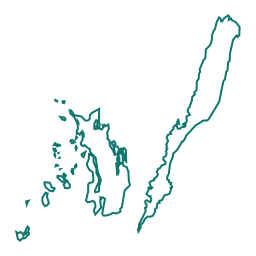 outline of Maluku Tenggara, Maluku, Indonesia
{"feature_id": "22746128B6545713511337", "entity_name": "Maluku Tenggara", "entity_type": "district", "adm_level": 2, "iso_a3": "IDN", "parent_name": "Indonesia", "parent_adm1": "Maluku", "projection": "mercator", "projection_center": [132.834, -5.655], "detail": "fine", "context": "isolated", "style": "outline", "palette": "teal", "viewbox_px": 256, "rotation_deg": 0, "n_neighbors": 0, "source": "geoboundaries", "source_scale": "gbopen_adm2", "svg_char_len": 5864}
<svg xmlns="http://www.w3.org/2000/svg" viewBox="0 0 256 256"><path d="M228.9,19.8L229.4,16.8L228.2,15.4L224.1,18.2L222.3,21.3L221.2,21.3L220.4,18.2L219.0,17.4L216.7,22.0L215.0,29.0L213.6,30.6L211.8,36.0L212.1,38.5L211.0,43.0L210.0,45.3L205.9,49.4L205.4,58.1L203.7,59.8L199.7,69.2L200.1,71.8L199.0,73.8L198.7,78.7L196.8,81.5L196.6,89.2L196.0,90.9L194.1,92.4L195.0,94.3L192.2,96.9L191.9,100.4L189.3,107.5L187.8,109.3L187.7,111.4L189.9,114.9L187.1,115.9L186.4,116.9L186.8,120.9L185.3,124.1L185.4,126.2L183.9,127.1L182.4,126.7L179.9,128.7L177.8,128.7L176.6,125.9L177.5,124.2L177.2,123.5L173.3,127.1L173.5,128.9L170.1,132.5L171.1,133.8L168.0,134.8L166.6,137.5L168.1,140.9L166.2,144.7L166.9,145.5L166.4,148.1L167.3,148.7L165.9,151.3L166.6,153.7L165.5,156.4L163.6,157.2L163.2,159.5L165.5,161.9L165.4,164.1L161.9,165.2L160.3,167.8L158.3,168.9L156.8,171.6L157.9,174.1L156.9,176.6L154.2,178.6L154.3,180.0L150.4,181.6L149.5,182.9L150.6,186.3L152.2,187.6L151.1,188.7L150.6,187.7L149.4,188.2L147.9,187.2L149.0,189.0L146.5,194.0L148.9,196.2L150.5,196.3L150.2,197.0L151.3,198.8L150.9,201.0L150.2,202.2L146.6,200.2L145.2,201.3L145.5,203.5L146.6,204.2L146.3,207.5L145.0,207.9L145.7,211.1L139.1,224.3L139.1,227.0L137.9,229.5L138.4,231.5L140.7,227.6L140.4,225.4L143.5,222.1L144.7,219.1L147.6,216.6L150.8,216.7L153.1,215.5L155.2,211.1L154.9,209.2L156.7,207.9L157.2,204.1L158.4,202.5L159.5,202.9L159.4,200.7L161.8,200.3L164.5,195.3L169.0,194.1L170.0,192.6L171.1,188.8L170.6,188.0L171.8,187.8L172.2,186.7L170.6,184.5L171.2,182.7L169.2,182.5L168.8,180.0L167.5,179.8L167.0,177.6L168.9,173.3L170.0,163.9L173.0,156.1L172.9,153.9L177.3,149.7L182.2,141.4L183.1,141.5L184.7,139.2L186.1,135.7L195.5,125.5L203.3,120.5L207.0,120.5L208.6,119.3L219.2,101.7L223.3,81.5L224.9,79.1L226.4,71.6L227.5,70.4L228.1,62.3L229.6,61.0L230.0,53.4L233.0,40.0L236.2,36.0L236.8,35.5L237.5,37.0L239.3,35.3L239.6,27.0L236.0,22.4L232.0,20.2L231.0,18.5L228.9,19.8ZM99.1,119.6L99.1,108.9L91.8,113.0L90.1,115.0L89.5,119.5L87.1,120.7L84.9,120.3L81.3,116.4L74.3,115.2L71.4,110.7L69.7,110.2L70.5,113.6L74.4,117.2L76.8,122.3L77.4,120.7L78.4,122.7L78.5,123.6L77.4,122.8L77.9,128.3L76.6,132.0L77.0,133.9L78.4,133.3L79.8,134.7L81.5,132.0L82.8,134.6L82.9,132.4L83.8,133.9L83.7,135.8L82.4,134.4L82.7,139.4L80.8,143.1L81.1,144.8L83.2,146.2L84.4,145.1L89.5,149.2L90.4,148.6L89.8,149.7L90.3,152.1L95.7,157.9L97.7,171.6L100.9,180.2L99.2,186.1L98.9,191.5L95.3,192.3L94.8,190.9L99.0,181.3L98.9,177.8L96.4,173.2L96.4,168.7L93.5,161.7L93.5,156.3L89.0,154.2L88.7,159.5L87.0,163.5L87.2,165.9L89.4,169.8L92.8,172.3L93.4,180.3L92.5,182.3L89.4,182.9L88.2,184.3L88.2,191.2L86.0,200.6L87.8,202.4L93.1,200.9L94.9,202.7L95.5,206.2L93.8,210.7L95.3,214.5L101.2,207.5L100.2,202.1L100.4,197.8L101.3,198.9L102.2,197.2L105.0,198.8L102.2,213.8L103.3,215.5L106.0,215.6L110.9,214.2L112.7,212.8L116.5,213.5L120.4,211.7L120.3,208.6L121.8,207.4L124.7,190.3L129.9,185.3L129.8,184.3L128.8,180.7L128.4,171.9L126.7,167.1L123.6,165.9L122.4,163.4L119.9,164.1L117.9,166.7L118.7,171.8L117.9,174.5L117.2,174.6L116.3,163.3L117.1,163.5L117.9,165.9L119.4,164.5L117.2,160.6L117.1,158.5L117.9,156.6L117.4,153.6L119.2,149.5L117.5,146.5L113.7,146.7L115.3,154.7L114.7,154.9L113.3,150.9L109.9,145.5L109.4,140.4L107.3,138.8L107.8,136.4L107.1,133.0L108.9,128.2L108.3,124.6L106.6,125.8L104.8,125.0L104.7,126.0L102.7,125.0L103.0,126.7L103.7,126.7L101.8,129.5L98.3,128.3L95.2,129.2L94.2,128.5L94.5,123.2L96.2,120.1L97.7,120.7L97.1,126.0L96.1,126.7L99.4,127.2L99.7,124.4L98.6,120.5L98.1,120.9L99.1,119.6ZM29.0,228.3L27.6,226.6L25.6,230.5L26.2,234.0L24.9,233.8L23.5,235.7L23.5,234.8L20.7,232.0L18.1,233.2L16.4,232.1L17.9,238.9L19.9,240.6L22.2,238.6L25.1,238.1L28.8,234.3L28.8,232.9L27.9,232.4L29.0,228.3ZM48.9,203.1L46.8,196.2L47.7,193.6L45.7,192.6L42.6,197.3L42.2,200.1L43.0,203.5L44.9,206.2L47.1,205.3L48.9,203.1ZM49.8,182.8L44.7,182.2L44.3,183.8L45.6,187.1L49.6,190.7L53.1,191.3L54.6,188.3L51.9,187.5L49.8,182.8ZM122.7,154.6L120.2,150.2L120.3,152.6L119.3,151.2L118.5,151.6L119.0,154.4L118.4,154.7L118.3,158.5L119.1,158.4L119.3,156.5L119.5,161.8L120.5,163.7L122.9,162.3L122.7,154.6ZM67.2,180.8L63.6,184.3L65.0,188.0L68.0,188.2L69.9,187.2L69.9,185.1L67.2,180.8ZM125.9,150.0L124.0,148.0L122.7,148.8L121.1,148.5L120.3,149.4L123.1,150.0L122.1,151.8L123.1,152.1L125.2,157.2L123.8,159.1L126.2,161.5L125.9,150.0ZM57.6,175.8L57.3,177.3L62.5,182.0L65.9,180.1L64.3,179.4L61.8,176.3L57.6,175.8ZM65.0,120.2L65.4,118.8L64.6,117.6L60.3,116.8L62.2,119.5L65.0,120.2ZM113.7,141.2L111.7,142.4L113.2,145.6L114.1,145.9L115.5,144.4L114.8,141.8L113.7,141.2ZM83.5,157.1L85.5,151.9L81.7,154.0L81.6,155.5L83.5,157.1ZM73.4,174.7L73.0,169.0L72.2,168.8L71.3,171.3L73.4,174.7ZM56.8,144.4L55.0,143.1L54.0,144.9L55.5,144.4L56.6,146.1L57.8,146.3L59.0,145.4L60.8,145.9L59.5,144.7L56.8,144.4ZM72.3,140.0L71.0,140.2L70.5,141.4L72.1,143.4L74.7,142.2L72.3,140.0ZM28.6,200.8L26.1,201.4L26.8,204.4L27.3,202.8L28.6,200.8ZM64.1,103.2L64.6,101.3L62.7,101.2L62.6,102.7L64.1,103.2ZM56.2,150.9L55.2,148.9L53.9,149.9L54.6,151.7L56.2,150.9ZM65.9,175.4L64.0,173.6L63.3,174.5L65.0,177.3L65.9,175.4ZM178.2,119.4L177.8,118.9L178.2,120.3L177.2,121.6L179.0,123.3L178.2,119.4ZM76.2,164.6L74.8,166.0L75.2,167.7L76.5,166.3L76.2,164.6ZM56.1,164.7L55.6,166.3L58.0,165.5L57.6,165.0L56.1,164.7ZM76.1,149.6L76.9,147.7L76.0,146.3L75.5,148.0L76.1,149.6ZM58.1,101.6L54.5,99.4L56.2,101.3L58.1,101.6ZM55.1,156.3L55.3,155.2L54.7,154.0L54.2,155.0L55.1,156.3ZM77.1,137.5L76.3,136.7L75.8,138.9L77.1,137.5ZM91.2,154.1L91.1,153.3L90.6,153.0L90.2,154.2L91.2,154.1ZM53.8,149.8L53.6,148.6L53.9,147.8L53.3,148.8L53.8,149.8ZM57.4,153.1L58.3,153.3L58.5,152.9L57.4,153.1ZM183.9,123.7L183.1,124.1L183.6,124.6L183.9,123.7ZM60.5,157.8L59.8,157.5L59.5,157.9L60.5,157.8ZM60.1,169.2L59.0,169.3L59.7,169.5L60.1,169.2ZM24.4,232.4L23.6,231.9L24.4,232.6L24.4,232.4ZM112.1,144.2L112.6,144.4L112.0,143.8L112.1,144.2Z" fill="none" stroke="#0f766e" stroke-width="2"/></svg>